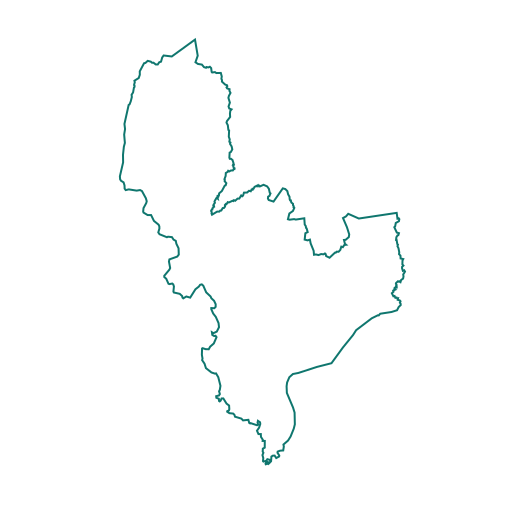 Builsa South, Upper East, Ghana, rotated 9°
{"feature_id": "2480657B50810028950834", "entity_name": "Builsa South", "entity_type": "district", "adm_level": 2, "iso_a3": "GHA", "parent_name": "Ghana", "parent_adm1": "Upper East", "projection": "equal_earth", "projection_center": [-1.342, 10.53], "detail": "fine", "context": "isolated", "style": "outline", "palette": "teal", "viewbox_px": 512, "rotation_deg": 9, "n_neighbors": 0, "source": "geoboundaries", "source_scale": "gbopen_adm2", "svg_char_len": 6107}
<svg xmlns="http://www.w3.org/2000/svg" viewBox="0 0 512 512"><g transform="rotate(9 256 256)"><path d="M133.4,72.4L132.3,74.6L131.8,78.9L130.1,79.8L129.0,82.2L127.0,82.5L124.5,81.1L123.1,81.4L121.7,80.5L118.5,80.2L116.6,82.6L115.3,83.1L112.3,91.8L112.9,95.2L112.3,98.6L108.5,101.9L109.1,103.3L108.8,106.2L109.5,107.0L109.5,108.2L109.1,108.7L109.0,113.7L107.9,116.2L108.5,118.4L108.1,122.8L107.4,126.0L106.6,126.7L105.4,146.2L106.8,151.1L106.8,156.7L108.8,164.8L108.4,168.7L108.8,176.8L110.1,184.3L109.1,198.6L109.8,201.5L110.9,202.8L113.7,204.0L115.1,206.9L115.7,210.0L117.0,211.3L119.9,210.1L127.9,210.1L131.2,209.0L133.2,209.7L138.2,216.2L139.5,219.0L139.3,220.9L137.4,226.3L137.6,229.7L138.1,230.7L142.5,232.5L146.0,232.0L149.7,237.3L154.9,240.3L155.9,241.9L156.3,244.0L155.8,248.0L157.3,249.6L165.1,251.4L166.1,250.7L170.0,250.5L172.0,252.7L174.4,253.6L175.4,256.3L178.3,260.5L179.5,266.7L178.3,268.9L171.0,272.9L170.9,275.1L173.1,281.3L172.6,283.0L168.5,289.9L168.7,291.1L170.9,292.5L173.9,297.1L174.9,297.3L177.6,296.3L178.7,297.0L179.7,298.9L180.0,304.1L180.6,304.9L186.6,305.3L189.3,307.1L189.9,308.6L190.8,309.2L193.5,306.9L197.5,307.4L201.4,298.3L204.3,295.2L205.3,293.2L206.9,292.5L208.6,293.6L212.5,299.7L217.5,303.1L218.5,304.7L221.6,306.8L223.7,309.9L224.1,312.5L223.0,314.1L220.0,314.4L220.1,315.4L222.7,319.5L225.8,322.4L229.5,328.1L230.6,332.1L229.1,336.8L226.0,338.9L224.4,338.2L225.2,340.8L227.2,341.6L228.5,341.1L229.7,342.3L228.0,349.0L224.9,352.7L223.9,355.5L220.9,355.9L217.7,355.4L217.2,355.8L218.0,362.1L219.2,365.6L219.1,367.3L222.0,370.4L224.1,374.6L230.2,378.0L233.8,378.6L234.9,378.2L237.7,381.6L241.2,389.8L241.2,393.8L240.7,395.4L241.9,398.0L241.3,399.5L238.6,400.7L239.0,402.2L241.6,402.8L242.2,405.0L242.9,405.3L243.7,404.4L244.3,402.1L246.0,401.8L250.0,406.4L252.8,407.9L253.6,411.4L253.4,412.8L251.9,413.7L251.9,414.3L254.3,415.4L258.1,415.2L259.5,416.2L260.4,418.0L267.0,418.9L268.9,420.4L274.1,419.0L275.4,421.9L276.4,422.3L276.8,421.9L283.5,423.0L284.5,422.2L283.6,420.3L283.7,418.5L286.0,419.6L286.5,421.2L285.9,425.1L284.3,428.4L286.3,431.5L288.6,431.1L289.2,433.9L291.5,436.5L291.5,437.6L293.6,437.3L294.6,443.9L292.9,445.2L293.2,448.1L294.1,449.2L293.5,451.6L294.8,454.4L295.0,457.5L295.5,457.9L297.6,456.9L298.3,458.3L297.9,459.7L298.3,460.2L299.6,459.3L300.6,459.6L301.2,458.8L300.4,457.8L298.8,457.4L298.4,456.2L299.0,454.9L301.8,455.2L302.3,457.4L303.0,456.4L302.6,451.7L303.8,450.6L305.6,450.2L307.6,452.4L310.2,450.4L310.2,449.4L308.0,447.0L308.0,445.8L310.3,444.5L313.3,443.8L313.3,439.9L312.6,437.9L316.5,433.3L318.4,428.9L320.3,420.7L320.7,416.2L318.6,404.6L316.3,399.9L307.9,386.4L306.6,379.9L306.5,376.1L307.9,370.5L310.9,366.8L316.1,364.9L333.6,356.0L347.3,350.1L356.2,332.7L364.2,318.9L366.5,313.6L380.1,299.4L385.6,295.5L386.5,295.5L387.7,293.6L398.6,290.1L403.8,287.5L404.9,284.1L406.6,281.8L406.3,280.5L405.4,279.6L405.8,278.1L405.0,277.4L402.8,277.1L402.9,275.6L402.2,275.9L401.4,275.0L400.2,275.5L399.1,273.8L398.0,274.3L396.0,271.5L397.4,269.8L396.9,268.7L398.7,267.5L397.8,267.2L397.9,265.8L399.9,265.2L399.6,263.7L399.0,263.7L399.3,262.4L398.5,261.6L398.6,260.7L400.2,258.7L401.3,259.1L401.9,258.5L402.8,259.1L403.1,257.0L404.8,255.3L404.9,253.2L404.3,251.2L405.6,248.1L404.6,246.9L403.4,247.7L402.1,245.1L402.0,243.8L403.1,242.4L401.9,241.4L401.4,237.6L401.9,236.0L399.2,235.8L398.6,233.0L397.0,231.8L396.9,229.9L395.5,226.0L394.2,224.2L394.4,222.6L393.7,222.1L392.3,218.0L391.8,218.1L391.7,215.5L392.5,213.6L393.3,213.2L393.6,211.1L391.4,210.8L388.1,205.9L388.8,204.9L388.9,201.5L391.7,199.3L391.8,197.2L391.0,196.4L389.9,197.0L388.2,191.4L351.7,202.9L340.5,199.9L338.7,202.8L336.0,204.9L341.3,213.3L344.7,220.1L344.7,222.8L342.0,226.0L340.4,226.4L341.9,230.0L343.2,230.8L341.5,231.3L340.4,233.7L338.8,233.4L338.3,236.8L336.9,238.9L335.0,239.1L334.3,240.2L333.5,240.3L328.9,246.2L325.3,245.1L324.5,243.2L323.7,242.7L322.4,243.8L320.0,243.9L317.6,245.3L315.0,245.1L313.1,245.7L312.1,241.8L308.0,235.0L306.7,231.4L304.5,232.5L301.5,232.2L301.2,225.8L303.3,224.3L301.7,220.8L301.0,220.4L300.5,218.7L299.2,217.3L297.8,211.2L289.6,213.8L287.9,213.6L283.5,214.9L281.8,214.7L282.3,208.8L285.4,205.8L286.3,202.5L285.4,201.9L285.5,201.0L284.6,200.0L284.4,198.7L282.5,197.6L281.7,195.6L281.0,195.7L280.4,194.7L279.8,192.2L278.1,190.1L276.8,187.0L274.5,185.3L271.9,185.0L264.8,199.5L259.8,198.7L258.8,197.4L258.7,195.5L259.9,194.5L260.5,191.9L259.7,191.4L258.2,187.6L256.1,185.5L252.3,184.5L249.1,186.6L248.3,186.1L248.0,186.6L247.0,185.7L246.2,186.9L245.8,186.5L243.8,187.9L243.0,190.0L242.2,190.1L242.2,191.1L241.2,191.1L240.7,192.9L238.9,192.7L237.3,194.7L234.2,195.3L233.8,198.3L233.0,199.2L231.9,198.5L230.5,201.9L228.8,202.2L226.8,204.7L225.5,204.3L225.0,205.3L224.2,205.1L220.8,207.4L219.7,207.2L218.7,209.5L218.1,209.3L217.3,210.5L217.7,212.0L216.8,213.6L215.6,213.9L214.6,216.5L213.5,216.8L212.8,217.9L210.7,218.2L206.1,222.1L205.4,220.9L205.5,219.7L204.6,218.5L205.0,217.2L205.6,216.9L205.5,215.7L206.5,214.5L206.1,213.3L206.7,213.3L206.1,211.8L207.1,209.9L206.5,208.9L206.7,207.9L208.0,204.6L209.2,205.3L208.8,204.3L209.4,203.6L208.8,202.5L209.9,202.1L209.8,199.9L212.1,197.2L214.1,191.4L215.0,190.9L215.3,188.7L213.3,187.0L213.3,185.6L212.8,185.1L213.5,181.7L213.2,178.7L214.8,177.4L215.2,176.2L216.3,176.7L217.8,175.5L219.8,175.1L220.4,173.6L221.1,173.5L221.1,172.7L220.2,172.3L219.5,171.0L219.8,169.6L219.0,169.6L219.4,168.1L217.8,164.9L216.1,163.9L214.9,164.1L214.3,163.0L213.8,158.0L214.9,157.2L215.9,154.4L214.8,151.6L212.8,149.3L213.0,147.9L211.8,147.3L211.8,144.9L210.5,142.5L209.8,136.2L209.0,135.8L207.7,131.2L206.0,128.9L206.2,127.3L208.7,122.7L208.0,119.5L207.9,116.7L208.9,115.0L206.5,114.5L205.5,112.6L206.2,108.6L204.0,104.1L204.2,102.0L205.3,98.9L203.9,97.0L203.8,95.4L201.3,95.0L200.5,94.1L201.1,92.8L200.7,91.9L198.7,91.5L195.1,89.1L194.9,87.6L194.1,86.4L194.1,84.0L192.6,80.7L188.2,81.5L186.7,80.8L184.0,81.6L183.4,81.1L182.3,77.4L180.8,76.3L179.4,77.2L177.6,77.1L177.2,77.9L175.1,77.6L172.6,75.4L168.6,75.4L165.9,74.1L167.1,67.3L161.9,51.8L141.6,72.1L133.4,72.4Z" fill="none" stroke="#0f766e" stroke-width="2"/></g></svg>